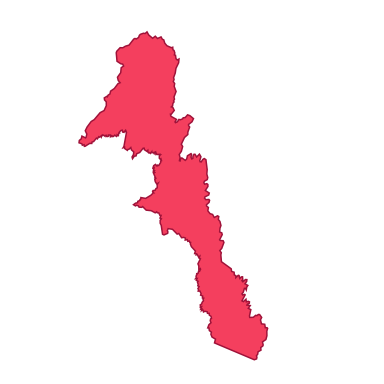 outline of Rionegro, Santander, Colombia, rotated 202°
{"feature_id": "7082276B88836733063931", "entity_name": "Rionegro", "entity_type": "district", "adm_level": 2, "iso_a3": "COL", "parent_name": "Colombia", "parent_adm1": "Santander", "projection": "equal_earth", "projection_center": [-73.314, 7.479], "detail": "fine", "context": "isolated", "style": "filled", "palette": "rose", "viewbox_px": 384, "rotation_deg": 202, "n_neighbors": 0, "source": "geoboundaries", "source_scale": "gbopen_adm2", "svg_char_len": 6070}
<svg xmlns="http://www.w3.org/2000/svg" viewBox="0 0 384 384"><g transform="rotate(202 192 192)"><path d="M71.4,59.8L69.6,61.4L69.9,63.1L70.9,64.3L70.3,66.1L70.9,68.6L68.8,71.2L70.0,73.6L68.7,75.6L68.7,76.8L70.5,79.4L68.2,82.9L68.7,86.8L70.5,91.0L70.8,93.9L71.6,94.3L73.2,93.6L75.0,96.6L78.2,95.8L80.6,99.1L80.4,101.8L83.4,103.7L84.6,103.3L85.5,101.7L86.8,101.5L88.2,98.8L91.5,97.3L92.3,98.7L93.4,105.0L96.2,105.2L95.5,108.5L98.7,107.7L98.7,108.6L97.2,110.3L97.6,111.7L98.9,111.7L100.5,110.5L101.8,112.8L103.3,109.6L104.9,109.8L104.2,116.5L104.8,116.8L106.5,115.5L107.5,116.3L106.9,118.3L107.3,122.3L106.4,122.7L105.0,121.5L105.6,124.3L105.2,126.3L108.5,126.7L107.8,129.6L108.3,131.3L109.6,130.9L111.2,127.8L112.5,128.5L112.0,129.6L113.4,132.3L114.4,131.8L115.3,129.8L117.1,132.2L117.9,132.1L119.3,129.0L120.0,130.8L121.7,131.0L122.9,133.4L125.5,133.2L126.9,135.5L138.6,138.4L141.7,144.5L142.1,146.7L144.3,148.1L143.3,150.9L143.5,157.2L144.9,158.5L147.7,157.6L148.5,158.0L148.0,163.8L149.1,165.3L151.4,165.3L152.5,168.9L152.6,171.8L155.1,175.2L157.3,176.4L158.0,179.3L159.4,179.5L161.8,176.7L164.5,178.9L167.2,178.7L170.3,180.5L171.0,183.8L173.2,184.4L173.8,185.6L172.3,188.7L172.6,190.9L173.6,191.4L176.3,190.1L178.1,191.0L178.1,192.4L175.4,195.5L175.6,197.5L180.2,198.4L179.3,203.1L180.1,204.9L181.4,205.3L183.2,204.0L184.5,205.0L184.5,206.7L182.5,209.2L182.8,211.3L185.0,214.2L186.3,218.4L191.2,227.2L193.2,227.6L194.2,226.2L194.7,223.4L195.8,223.1L196.6,224.1L196.9,228.0L199.3,229.9L200.8,226.2L203.3,228.1L204.3,227.7L204.5,225.5L203.8,223.5L204.6,222.6L206.0,224.0L206.5,226.8L207.3,227.2L209.8,223.9L209.3,220.6L210.1,218.8L214.2,219.8L215.0,218.7L214.7,216.3L215.4,216.3L215.9,219.4L217.9,222.0L217.1,225.8L217.7,230.7L219.8,232.3L219.4,239.7L217.4,243.7L218.3,246.0L218.5,251.4L220.0,252.2L220.5,253.3L218.3,257.1L218.1,260.6L222.5,262.0L225.0,261.9L226.2,258.5L228.0,257.5L228.1,256.3L229.9,254.6L231.3,254.4L231.9,251.5L233.3,250.1L234.0,250.6L233.6,253.5L239.8,254.3L240.8,255.4L241.1,256.1L240.4,256.2L239.0,261.0L241.5,263.3L243.0,263.2L242.3,264.8L242.9,267.0L242.4,268.8L243.2,269.6L243.0,271.5L244.3,273.3L244.4,279.2L248.1,283.3L248.7,286.1L250.7,287.3L250.8,289.7L251.9,291.1L252.1,296.1L253.2,300.6L252.8,306.8L253.9,310.4L255.1,308.9L256.8,309.6L258.5,312.6L259.7,312.5L260.0,314.5L261.7,316.5L263.0,316.8L264.1,319.0L265.1,318.1L270.0,318.2L273.0,319.8L275.2,322.5L276.7,322.5L278.8,324.2L281.5,321.4L284.4,322.7L286.1,319.8L291.0,321.4L293.7,323.6L294.8,321.4L296.5,321.0L298.9,318.9L299.5,317.5L299.4,315.3L301.0,313.0L302.4,313.0L303.3,312.0L305.4,304.6L308.4,302.2L310.2,299.8L312.7,298.9L314.5,294.3L314.4,292.7L310.5,285.1L306.0,284.2L304.2,284.6L302.6,283.2L304.2,280.7L302.8,275.9L304.1,270.5L302.1,267.7L299.6,266.4L301.2,264.8L302.8,258.8L305.3,255.0L304.8,252.2L306.1,250.3L306.1,248.7L306.7,248.9L308.6,246.4L307.6,244.6L305.3,243.5L303.8,240.0L304.0,234.6L306.9,231.2L309.8,222.4L311.9,219.6L313.6,213.0L313.9,208.8L311.2,206.3L310.7,202.9L310.9,202.3L315.0,202.6L314.6,199.8L315.8,197.6L315.2,195.3L312.1,195.4L311.2,194.3L309.8,195.4L308.9,194.0L308.2,194.4L305.1,198.7L303.1,199.5L303.4,200.9L302.1,201.9L300.8,206.1L299.6,205.8L299.2,208.3L298.4,208.1L297.5,209.5L296.7,208.9L296.9,210.6L296.3,210.6L296.1,211.6L293.6,211.1L293.8,211.8L292.4,212.6L292.0,211.5L290.8,211.9L290.2,212.7L290.6,213.6L288.9,214.3L288.3,212.8L287.7,214.0L286.8,214.1L286.7,213.5L285.6,214.1L284.9,215.8L282.8,215.2L282.4,216.1L282.8,217.0L281.4,216.8L282.0,219.0L281.2,219.6L281.8,220.2L281.0,222.3L279.9,223.2L278.7,221.6L277.4,221.8L277.5,222.7L276.3,223.0L276.9,223.9L276.7,224.4L275.1,222.8L272.2,208.8L272.4,207.4L271.4,208.4L270.8,207.1L267.5,206.4L267.4,207.4L266.4,208.1L265.4,210.3L264.0,208.4L261.1,207.4L260.3,205.0L260.7,202.0L259.6,200.6L258.9,203.6L257.4,204.5L257.6,206.8L255.3,209.0L253.7,214.3L252.7,214.7L252.1,213.4L249.1,212.8L248.6,214.1L247.6,212.3L246.4,212.0L245.8,212.8L244.9,212.3L244.4,214.3L243.7,212.9L243.7,213.8L242.6,214.1L241.5,213.4L241.6,214.8L240.8,215.6L239.7,213.6L239.4,214.3L238.6,213.6L235.9,214.9L235.9,214.2L235.3,214.5L235.8,213.2L235.0,211.1L233.7,210.5L233.3,211.2L232.0,209.6L232.7,209.0L232.1,207.6L232.8,204.2L234.0,203.2L234.2,203.8L234.8,203.2L236.2,203.9L237.4,202.1L237.2,199.3L236.4,198.9L236.1,199.6L235.8,197.7L235.0,197.7L235.6,196.9L235.3,195.3L235.0,196.7L233.8,196.2L234.7,195.0L231.7,192.0L231.8,191.2L230.7,191.2L231.2,189.7L229.9,187.8L227.7,186.2L226.8,187.4L227.0,185.7L225.8,182.9L226.7,181.7L226.9,179.7L228.7,178.7L228.6,177.8L227.7,177.2L228.3,177.2L227.7,176.4L228.9,173.6L232.6,168.7L237.3,167.7L236.9,166.3L237.4,165.6L237.2,164.6L238.8,163.0L238.4,161.7L240.2,160.5L241.5,158.3L239.2,157.9L238.5,158.9L236.7,159.1L235.4,158.1L232.8,159.0L232.3,160.0L227.7,158.0L222.8,159.4L218.3,158.9L217.3,160.4L216.4,159.7L215.0,160.2L213.0,158.3L211.9,158.7L211.9,155.8L210.4,155.7L210.9,153.8L209.8,151.1L208.0,149.5L203.5,141.8L201.9,141.7L199.1,144.5L199.4,146.0L200.4,146.9L200.4,149.1L196.1,150.1L190.0,147.4L188.7,148.6L184.5,145.7L182.7,146.8L180.8,146.8L180.3,144.9L178.5,146.1L177.4,144.7L176.2,145.5L175.2,144.5L174.4,144.7L174.1,143.2L172.1,141.1L166.7,138.5L166.5,135.9L164.9,136.3L164.6,135.3L163.8,136.1L161.5,134.1L160.8,135.3L160.5,133.3L159.2,133.2L159.6,127.6L158.0,126.0L156.6,122.6L155.6,124.1L155.1,123.5L155.3,121.3L156.2,120.9L155.9,119.0L157.0,118.1L156.4,117.2L156.8,116.6L156.5,114.9L155.8,114.2L156.2,113.0L154.8,113.7L155.0,111.8L152.9,111.5L153.2,110.5L151.6,108.6L151.5,107.2L150.0,107.0L150.3,104.6L149.5,104.2L149.1,102.4L147.6,103.1L145.5,101.2L145.4,99.6L143.1,99.5L142.7,97.7L141.4,97.9L141.7,96.9L140.6,95.4L141.3,93.5L141.1,91.9L142.1,90.3L141.3,89.5L141.3,88.7L140.2,89.3L140.5,87.8L139.6,87.7L139.8,86.8L139.1,87.3L138.8,85.8L138.4,86.7L137.7,86.3L137.9,87.1L136.4,85.1L135.4,86.2L133.1,86.7L132.2,85.3L130.6,85.9L129.9,84.4L127.7,83.8L126.6,82.1L127.2,81.4L126.9,79.5L125.4,77.9L126.6,75.3L126.5,71.9L125.4,72.3L124.0,70.0L121.5,69.3L121.2,67.2L119.1,65.0L115.1,64.4L114.6,60.5L71.4,59.8Z" fill="#f43f5e" stroke="#9f1239" stroke-width="1.5"/></g></svg>